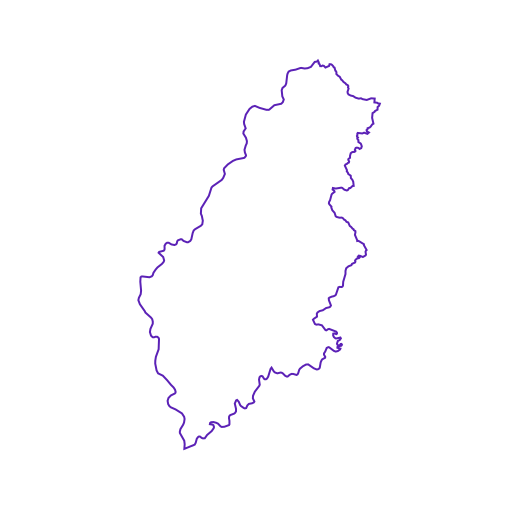 Buritizeiro, Minas Gerais, Brazil, rotated 195°
{"feature_id": "56859067B33679027231632", "entity_name": "Buritizeiro", "entity_type": "district", "adm_level": 2, "iso_a3": "BRA", "parent_name": "Brazil", "parent_adm1": "Minas Gerais", "projection": "albers", "projection_center": [-45.225, -17.281], "detail": "fine", "context": "isolated", "style": "outline", "palette": "violet", "viewbox_px": 512, "rotation_deg": 195, "n_neighbors": 0, "source": "geoboundaries", "source_scale": "gbopen_adm2", "svg_char_len": 6115}
<svg xmlns="http://www.w3.org/2000/svg" viewBox="0 0 512 512"><g transform="rotate(195 256 256)"><path d="M150.5,188.4L153.6,188.4L153.8,189.2L153.0,190.1L150.4,191.4L150.0,192.5L150.7,193.2L151.5,192.9L151.8,191.8L152.6,191.2L153.5,191.0L154.5,191.4L155.1,192.3L155.0,195.1L153.4,196.5L152.7,198.4L153.4,199.1L156.7,197.3L157.9,197.0L159.8,197.9L160.9,199.2L161.3,201.0L160.3,201.5L158.2,201.3L157.7,202.0L158.0,202.9L159.0,203.7L166.5,204.5L167.4,204.0L168.8,202.4L169.7,202.4L174.4,206.1L178.0,206.1L180.0,205.3L181.5,205.6L184.5,209.2L183.9,210.3L181.4,213.2L182.3,216.0L182.0,217.3L181.2,218.3L180.3,219.3L177.4,220.9L174.8,223.9L172.0,225.4L171.2,226.2L170.8,227.6L174.1,232.1L174.8,234.0L174.4,234.7L172.4,236.3L170.5,237.3L169.1,238.6L168.8,239.4L168.3,247.1L167.3,247.8L165.2,248.2L164.6,248.8L164.3,249.8L165.1,253.7L164.9,261.7L165.7,264.8L165.7,267.5L164.0,270.0L161.5,271.8L161.2,273.3L158.7,275.3L158.5,276.2L159.1,277.1L158.8,278.3L157.5,279.9L156.0,280.6L155.5,281.5L156.2,282.3L157.2,282.1L156.9,282.9L155.7,283.1L152.5,282.7L150.4,284.8L150.1,285.7L151.3,288.4L151.2,289.5L150.7,290.4L154.5,294.3L154.8,295.3L160.1,296.9L161.3,297.1L162.1,296.7L162.4,297.5L165.9,302.0L166.1,304.8L166.5,305.8L168.2,306.3L168.7,307.1L169.8,307.4L171.6,308.7L173.2,309.3L175.6,312.3L177.4,312.4L179.0,313.7L180.3,313.9L181.6,314.9L183.1,315.3L185.3,314.6L188.2,314.6L189.3,315.0L191.3,318.1L194.1,319.9L195.8,322.3L195.9,323.2L198.5,324.9L199.2,325.7L199.4,327.0L198.9,329.1L198.9,334.9L198.6,335.8L196.7,338.3L197.4,339.3L199.2,340.0L199.3,341.6L196.4,341.8L191.3,344.1L190.3,344.1L187.8,342.9L185.2,342.8L184.4,343.4L183.5,345.8L182.5,346.0L180.9,348.6L179.8,349.0L181.3,352.9L182.7,354.6L184.5,355.8L185.3,358.1L188.1,359.1L188.9,360.4L190.2,361.2L190.4,362.5L193.6,366.3L193.2,367.6L192.0,368.5L191.5,369.5L190.5,370.3L190.5,371.4L191.8,372.8L191.8,373.7L190.6,375.2L191.1,377.1L191.1,379.8L189.9,381.3L187.7,382.1L187.1,383.2L188.0,384.0L187.7,386.1L187.1,386.6L185.8,386.9L184.7,386.8L183.7,386.2L182.3,387.4L182.2,389.3L182.9,390.4L183.9,391.7L186.6,392.6L187.1,394.5L188.1,395.0L188.6,395.8L188.2,396.9L189.2,397.3L189.6,398.1L189.3,399.2L189.8,400.1L189.6,401.2L185.0,401.9L183.5,403.1L180.0,402.8L178.9,404.5L181.2,405.1L181.8,406.2L181.1,407.2L181.3,408.3L179.5,409.5L178.8,410.5L177.8,413.2L176.8,414.2L179.6,419.5L180.4,424.2L178.8,425.9L178.6,426.8L176.5,428.8L177.1,431.4L176.0,433.0L175.8,435.2L177.8,435.0L178.6,435.4L181.4,435.0L182.1,438.8L185.6,438.1L189.4,435.4L190.6,435.3L193.7,435.1L195.4,435.5L197.5,434.6L200.9,434.7L203.5,435.6L206.1,435.5L208.5,436.0L209.6,437.1L210.1,438.3L209.9,441.7L210.8,442.7L210.8,444.0L211.8,444.9L213.1,445.0L214.2,445.9L216.6,446.8L218.3,448.1L219.3,448.4L221.5,450.8L223.3,451.3L225.5,452.6L225.8,454.1L226.4,455.1L227.3,455.5L228.9,458.3L229.8,458.4L230.4,459.2L232.1,460.3L233.2,460.6L234.6,460.3L234.6,458.5L237.7,456.0L239.6,457.2L241.0,457.2L241.9,456.3L243.1,456.0L244.2,457.7L245.3,458.1L245.4,459.2L246.8,460.8L247.4,459.6L249.5,458.7L251.9,452.9L254.7,450.8L257.5,449.7L260.9,449.4L261.9,449.0L265.9,446.3L270.4,444.2L272.2,442.6L272.7,440.4L272.7,438.8L271.5,430.7L271.6,429.2L271.9,428.0L273.9,425.2L274.1,422.8L271.9,417.0L269.7,414.4L269.9,411.6L271.0,409.6L277.3,406.4L281.1,400.8L281.8,400.4L283.9,399.9L291.0,400.0L295.9,400.7L298.2,399.3L300.3,396.4L302.4,390.0L302.4,382.5L301.6,380.4L299.0,376.6L300.2,373.1L299.9,371.0L296.3,367.6L294.5,364.6L294.1,362.4L294.5,360.1L294.6,355.6L293.5,353.1L291.7,350.7L291.7,349.8L292.6,347.9L293.4,347.4L300.0,344.2L302.9,341.9L306.9,337.2L309.5,332.5L309.5,330.9L307.3,327.2L307.9,322.9L308.8,320.6L316.0,312.0L316.7,310.6L317.1,301.9L321.3,287.9L320.2,282.6L318.7,280.7L316.5,276.3L316.1,272.7L317.1,270.9L321.8,266.1L322.8,264.5L323.1,261.8L322.8,255.4L323.4,253.5L325.2,251.7L326.3,251.4L329.9,251.8L332.0,252.9L332.9,252.8L335.4,251.0L335.9,249.9L335.8,247.5L336.2,246.6L337.6,245.5L340.7,245.3L343.7,246.2L345.3,245.8L346.4,244.5L347.0,242.2L346.1,239.1L346.1,238.2L346.5,237.2L350.6,234.9L350.9,233.9L345.4,231.0L343.6,228.0L343.6,227.1L343.8,226.1L344.9,223.9L348.2,219.5L349.4,217.0L350.7,213.3L350.8,210.7L351.4,209.4L353.4,207.9L360.2,206.9L361.4,206.5L362.0,205.5L361.1,201.2L358.0,192.7L357.5,189.2L358.3,185.3L358.2,182.9L355.7,179.4L348.9,173.7L348.3,172.8L341.4,169.3L339.9,168.1L338.7,165.9L338.2,163.8L339.1,158.3L338.8,155.1L336.8,151.9L334.8,150.8L333.6,151.0L332.0,152.1L330.3,152.4L328.8,151.6L328.2,150.7L325.9,140.7L326.6,132.7L326.2,128.9L325.5,126.0L322.4,119.7L320.2,117.3L315.0,116.3L309.8,113.1L304.9,109.6L301.6,107.7L299.6,105.9L298.5,104.0L298.4,103.1L298.8,102.2L302.1,99.3L303.8,96.2L303.9,93.2L302.5,90.2L300.8,88.6L299.1,87.8L294.0,87.0L286.8,84.8L283.8,82.1L282.8,80.1L282.4,76.5L282.7,74.2L284.2,69.2L284.1,66.5L283.7,65.3L277.5,59.0L276.2,55.8L275.3,51.2L266.4,57.9L265.9,60.0L265.9,64.2L265.1,66.1L264.5,66.8L263.4,67.1L261.3,66.2L260.0,66.1L258.3,66.7L256.9,70.5L253.5,75.4L252.3,78.7L252.3,79.9L253.3,81.5L254.2,81.9L257.0,81.6L257.1,82.9L256.4,83.8L254.1,84.6L251.2,84.6L249.2,84.2L246.2,82.3L244.9,82.0L242.3,82.9L238.3,85.7L238.1,86.6L239.0,89.9L240.1,92.3L240.4,93.9L240.1,95.1L239.5,95.8L236.3,98.1L235.6,99.1L235.1,100.7L235.7,103.1L238.3,108.0L237.8,111.4L237.0,112.1L235.0,110.8L232.6,107.8L231.7,107.2L228.4,106.0L227.3,105.9L226.1,106.6L225.7,109.4L224.6,111.3L221.7,112.7L220.2,114.0L219.9,115.0L222.2,117.7L222.7,120.2L222.0,124.7L219.2,131.5L219.1,132.7L221.1,137.4L221.2,139.8L220.8,140.7L219.9,141.5L218.6,141.5L216.3,139.4L215.5,139.2L214.5,139.5L213.7,140.4L213.0,142.6L212.7,150.7L212.1,152.2L208.9,149.1L207.5,148.4L205.0,148.2L202.1,149.8L200.9,149.9L199.8,149.6L196.7,147.8L194.8,147.5L194.1,147.9L192.8,149.9L191.2,151.3L189.5,151.7L186.0,151.6L185.2,152.5L184.9,153.9L184.8,157.2L184.4,158.5L182.2,161.6L179.6,164.1L177.5,164.8L171.1,162.5L168.1,162.1L167.0,162.5L166.1,163.3L165.5,164.5L166.0,170.0L165.7,172.1L165.3,173.3L162.9,175.6L163.0,176.5L164.8,178.3L165.1,179.5L164.4,181.7L163.9,185.5L162.5,186.7L161.6,186.7L156.2,184.5L154.3,184.3L152.3,185.4L150.6,187.5L150.5,188.4Z" fill="none" stroke="#5b21b6" stroke-width="2"/></g></svg>